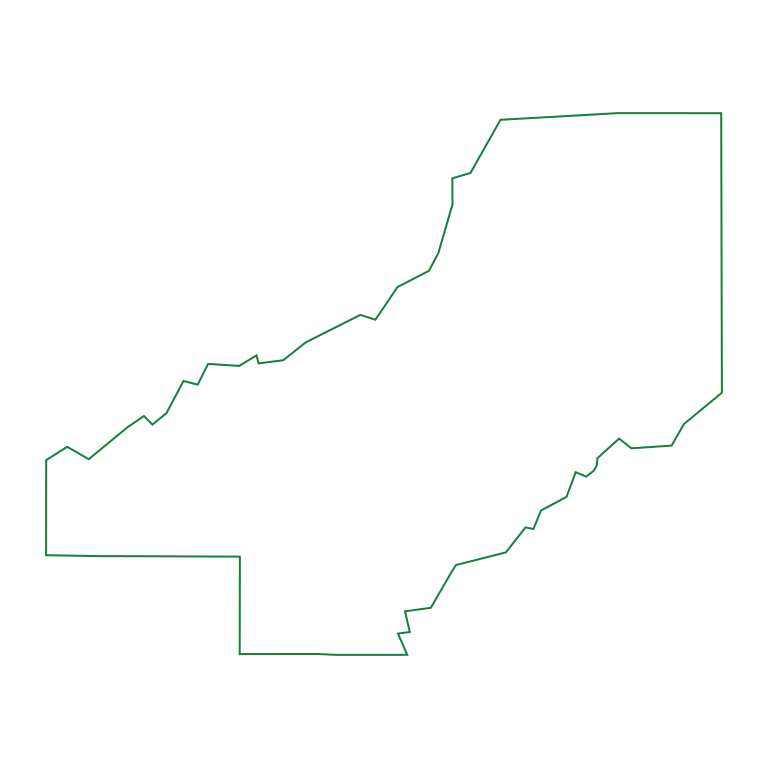 Madison, Mississippi, United States of America
{"feature_id": "52423323B64400488372532", "entity_name": "Madison", "entity_type": "district", "adm_level": 2, "iso_a3": "USA", "parent_name": "United States of America", "parent_adm1": "Mississippi", "projection": "orthographic", "projection_center": [-90.09, 32.642], "detail": "fine", "context": "isolated", "style": "outline", "palette": "green", "viewbox_px": 768, "rotation_deg": 0, "n_neighbors": 0, "source": "geoboundaries", "source_scale": "gbopen_adm2", "svg_char_len": 878}
<svg xmlns="http://www.w3.org/2000/svg" viewBox="0 0 768 768"><path d="M721.2,113.2L617.9,113.1L500.5,119.8L470.4,173.0L452.3,178.3L452.5,204.4L438.3,253.2L428.9,270.8L397.4,287.1L381.0,311.5L375.3,319.7L360.3,314.9L305.8,342.3L283.3,360.2L258.6,363.4L256.5,355.4L239.2,365.9L208.1,363.9L197.7,384.6L183.5,381.0L166.4,413.2L152.4,424.6L143.9,416.0L127.3,427.4L88.7,459.2L67.2,446.8L46.2,460.1L46.1,555.2L98.3,556.1L136.1,556.2L205.9,556.5L235.7,556.6L239.9,556.7L239.7,654.1L302.9,654.0L318.3,654.0L336.6,654.9L342.5,654.9L352.8,654.9L388.2,654.9L407.2,654.8L398.0,633.6L409.8,632.0L405.0,611.3L430.8,607.8L451.5,572.1L456.0,565.0L505.9,552.4L525.5,527.4L533.4,529.0L541.0,510.5L566.5,496.9L575.7,472.2L586.2,476.6L593.8,470.7L596.8,465.4L597.4,458.2L619.1,438.6L631.4,448.3L671.6,445.6L683.9,424.1L721.9,392.7L721.2,113.2Z" fill="none" stroke="#15803d" stroke-width="2"/></svg>